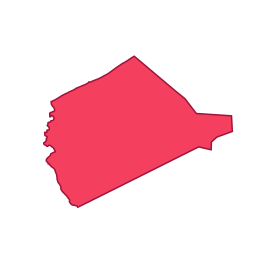 the district of Colonia Valdense, Colonia, Uruguay, rotated 144°
{"feature_id": "84410073B47178985540084", "entity_name": "Colonia Valdense", "entity_type": "district", "adm_level": 2, "iso_a3": "URY", "parent_name": "Uruguay", "parent_adm1": "Colonia", "projection": "orthographic", "projection_center": [-57.146, -34.39], "detail": "fine", "context": "isolated", "style": "filled", "palette": "rose", "viewbox_px": 256, "rotation_deg": 144, "n_neighbors": 0, "source": "geoboundaries", "source_scale": "gbopen_adm2", "svg_char_len": 2779}
<svg xmlns="http://www.w3.org/2000/svg" viewBox="0 0 256 256"><g transform="rotate(144 128 128)"><path d="M215.2,93.4L185.6,88.4L82.0,71.2L73.5,61.5L68.8,67.6L61.4,68.4L45.6,63.9L37.1,77.0L64.2,99.6L64.7,118.3L67.7,129.4L80.8,182.4L81.6,182.4L83.2,182.7L84.5,182.7L86.6,182.8L88.5,182.8L92.2,183.1L94.1,183.4L94.8,183.5L101.7,183.7L112.2,183.7L116.1,184.2L120.2,184.7L123.9,185.4L127.0,186.3L130.0,187.0L131.5,187.2L131.9,187.6L132.3,188.2L134.3,187.9L134.9,188.0L135.5,188.1L135.8,188.1L136.4,188.2L147.0,190.7L148.3,190.6L150.8,191.0L152.4,191.3L153.9,191.7L155.6,191.9L156.8,192.0L157.9,192.4L159.0,192.5L160.6,192.8L161.5,192.9L162.4,193.1L163.7,193.1L171.1,193.7L171.9,194.0L173.3,194.2L173.8,194.3L174.3,194.3L174.7,194.5L175.5,193.2L176.1,192.0L176.2,189.8L176.1,188.9L176.1,188.0L176.2,186.9L176.7,185.9L177.2,185.3L177.9,185.0L179.8,185.5L182.1,186.1L182.8,185.8L183.3,185.1L183.8,184.3L184.3,183.6L184.5,183.4L184.6,183.0L184.5,182.8L184.3,182.6L184.1,182.5L183.7,182.8L182.9,183.0L182.6,183.0L182.2,182.6L181.9,182.0L181.9,181.2L181.8,180.2L182.1,179.6L182.4,179.1L183.0,178.6L183.9,178.3L184.1,178.3L184.6,178.3L185.7,178.9L186.2,179.1L186.5,179.0L186.9,178.8L187.4,178.5L187.8,178.5L188.5,179.0L189.0,179.3L189.5,179.3L189.8,179.1L190.2,178.6L190.7,178.1L191.1,177.9L191.6,177.7L191.9,177.4L191.9,177.0L191.7,176.5L191.5,175.7L191.6,175.0L191.7,174.6L192.0,173.7L192.5,173.2L192.9,173.0L193.2,173.0L193.5,173.1L193.8,173.4L194.2,173.7L194.6,173.8L194.9,173.8L195.1,173.6L195.4,173.2L195.8,172.8L196.1,172.4L196.6,172.3L197.1,172.7L197.5,173.3L197.9,173.3L198.2,173.2L198.4,172.9L198.7,172.3L199.2,171.7L199.4,171.2L199.5,170.6L199.4,170.2L199.1,169.8L198.8,169.4L198.6,169.0L198.6,168.4L198.8,168.0L199.2,167.8L199.9,167.6L200.5,167.4L200.7,167.0L200.8,166.5L201.0,166.0L201.3,165.8L201.8,165.8L202.4,165.7L203.0,165.4L203.4,165.3L204.0,165.5L204.6,165.5L205.0,165.4L205.3,165.0L205.5,164.4L205.4,163.7L205.1,163.2L204.7,162.3L204.4,160.9L204.0,160.5L203.5,160.3L203.1,160.5L202.5,160.6L201.9,160.4L201.4,159.9L201.0,159.1L200.7,157.6L200.4,156.6L200.1,155.9L200.1,154.7L200.3,153.9L200.5,152.5L200.6,151.7L200.9,151.5L202.1,151.9L203.1,152.1L205.5,152.5L205.8,152.4L206.7,151.7L207.8,151.3L210.2,151.2L212.0,150.7L213.0,150.2L213.6,148.9L213.2,147.3L213.6,145.9L213.1,145.7L212.9,145.1L213.1,144.8L213.1,144.6L212.8,142.8L212.6,141.7L212.2,140.4L211.7,138.7L211.7,137.4L212.1,136.3L212.4,135.5L212.6,134.4L213.4,131.7L214.4,129.9L215.6,128.0L216.1,126.3L216.6,124.7L216.5,124.0L216.5,123.5L216.6,121.7L216.8,119.8L218.1,118.3L218.4,116.7L218.4,115.0L218.2,113.3L217.9,112.1L217.9,111.1L217.5,108.9L217.6,106.5L217.4,104.3L218.7,102.9L218.9,100.7L218.6,99.0L217.9,98.0L216.6,96.8L215.1,94.8L215.2,93.4Z" fill="#f43f5e" stroke="#9f1239" stroke-width="1.5"/></g></svg>